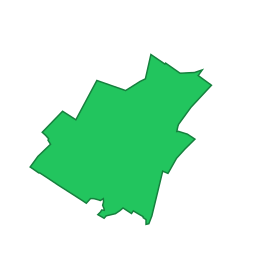 the district of Ciuperceni, Teleorman, Romania, rotated 303°
{"feature_id": "2599482B84154453637694", "entity_name": "Ciuperceni", "entity_type": "district", "adm_level": 2, "iso_a3": "ROU", "parent_name": "Romania", "parent_adm1": "Teleorman", "projection": "orthographic", "projection_center": [24.946, 43.75], "detail": "fine", "context": "isolated", "style": "filled", "palette": "green", "viewbox_px": 256, "rotation_deg": 303, "n_neighbors": 0, "source": "geoboundaries", "source_scale": "gbopen_adm2", "svg_char_len": 1026}
<svg xmlns="http://www.w3.org/2000/svg" viewBox="0 0 256 256"><g transform="rotate(303 128 128)"><path d="M106.4,64.0L77.7,58.4L77.0,62.7L75.8,67.2L74.2,67.6L72.2,71.9L55.1,67.9L42.0,67.2L41.7,77.6L42.3,78.7L42.3,86.6L42.1,100.8L42.2,114.1L42.3,129.3L42.2,134.0L48.4,135.0L50.2,137.9L51.7,142.5L52.1,144.3L55.3,145.8L52.6,147.8L49.4,148.8L48.3,150.4L47.2,152.0L46.0,152.9L44.9,150.6L42.6,150.7L38.9,149.9L39.3,157.1L42.5,157.6L49.3,164.1L54.2,166.2L58.2,167.4L58.2,172.5L58.2,177.5L61.4,177.6L61.5,180.9L61.9,189.0L61.1,189.5L61.0,193.0L57.0,195.6L58.0,196.6L59.1,197.6L67.2,195.9L110.7,180.6L111.7,186.2L112.9,186.2L129.1,185.2L141.4,187.2L155.1,190.2L155.2,181.2L152.6,172.0L151.6,170.8L156.6,168.9L158.7,168.4L179.5,169.5L184.2,170.3L191.6,171.6L209.3,174.7L210.2,158.3L217.1,158.6L210.7,153.5L208.3,150.1L203.1,143.0L202.3,141.7L202.9,124.2L201.7,124.1L201.9,115.6L202.1,107.2L183.9,113.9L178.7,115.8L173.7,112.8L158.1,105.6L150.9,76.0L106.5,79.8L106.4,64.0Z" fill="#22c55e" stroke="#15803d" stroke-width="1.5"/></g></svg>